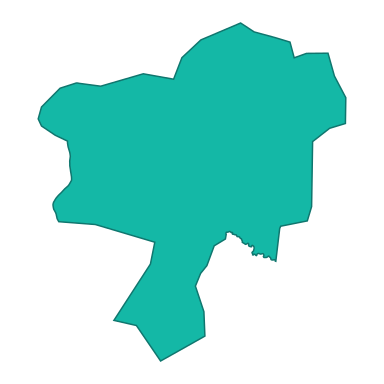 Bayangol, Selenge, Mongolia
{"feature_id": "93677404B52017503801889", "entity_name": "Bayangol", "entity_type": "district", "adm_level": 2, "iso_a3": "MNG", "parent_name": "Mongolia", "parent_adm1": "Selenge", "projection": "orthographic", "projection_center": [106.206, 48.94], "detail": "fine", "context": "isolated", "style": "filled", "palette": "teal", "viewbox_px": 384, "rotation_deg": 0, "n_neighbors": 0, "source": "geoboundaries", "source_scale": "gbopen_adm2", "svg_char_len": 3088}
<svg xmlns="http://www.w3.org/2000/svg" viewBox="0 0 384 384"><path d="M275.1,37.6L254.1,31.9L240.6,23.0L200.9,39.9L181.9,57.7L173.6,79.2L143.3,73.8L100.7,86.2L78.8,83.3L78.4,83.2L78.0,83.1L77.2,83.0L76.3,83.0L60.1,88.2L41.5,107.0L38.2,118.9L41.5,126.0L55.3,135.3L67.5,141.1L67.5,143.0L68.1,146.8L68.8,149.2L69.5,151.5L69.9,153.1L70.2,155.2L70.3,156.5L70.0,158.9L69.7,161.1L69.8,163.6L69.8,165.7L70.4,169.6L70.6,171.3L71.0,173.6L71.5,176.9L71.6,179.1L71.5,180.3L71.1,181.1L70.3,182.5L69.1,184.6L68.0,186.0L64.9,188.7L61.1,192.8L59.5,194.3L58.4,195.4L57.8,196.1L56.6,197.5L56.2,198.0L55.2,199.5L54.2,201.3L53.6,202.2L53.4,202.9L53.1,204.0L53.0,204.9L53.2,206.6L53.4,207.8L53.6,208.7L53.8,209.4L54.3,210.2L55.0,211.5L55.7,212.8L56.2,214.3L56.5,215.8L56.9,217.5L57.0,218.2L57.4,219.2L58.8,221.7L95.3,224.5L154.8,242.2L150.4,264.1L113.9,320.4L136.4,325.5L160.6,361.0L204.9,336.1L203.9,311.7L195.4,286.1L200.6,273.4L206.9,265.6L214.2,245.8L225.4,239.0L226.2,234.4L225.9,234.0L226.0,233.2L226.1,232.9L226.4,232.3L226.7,232.2L227.3,232.2L227.9,232.1L228.6,231.9L228.9,231.8L229.2,231.5L229.6,231.5L230.2,231.6L230.6,231.8L230.9,232.3L231.3,232.6L231.6,232.5L232.0,232.5L232.4,232.5L232.5,232.7L232.6,233.0L232.4,233.5L232.4,233.9L232.5,234.1L232.8,234.2L233.2,234.3L233.8,234.3L234.2,234.4L234.6,234.6L234.9,234.8L235.4,234.8L235.9,234.7L236.1,234.9L236.4,235.1L236.6,235.6L236.8,236.0L237.0,236.3L237.2,236.6L237.6,236.6L238.4,236.7L239.0,236.8L239.4,236.9L239.7,237.2L239.9,237.7L240.2,238.2L240.6,238.5L241.0,238.6L241.3,238.7L241.5,239.0L241.6,239.4L241.6,239.8L241.7,240.0L241.9,240.2L242.1,240.4L242.3,240.8L242.4,241.3L242.3,241.6L242.2,242.0L242.3,242.3L242.7,242.6L243.1,242.8L244.1,243.4L244.5,243.7L245.0,244.0L245.4,244.3L245.6,244.3L246.1,244.2L246.7,243.9L247.3,243.6L247.7,243.3L248.1,243.3L248.4,243.5L248.6,243.9L248.7,244.3L248.6,245.1L248.7,245.5L248.9,246.0L249.3,246.3L249.9,246.5L250.6,246.7L251.2,246.8L251.5,246.8L251.6,246.7L251.6,246.2L251.7,245.8L251.9,245.5L252.2,245.4L252.6,245.4L252.9,245.6L253.3,245.9L253.7,246.4L254.1,247.3L254.1,248.7L253.4,251.1L252.2,252.2L252.1,252.4L252.0,252.9L252.3,253.3L252.7,253.7L252.7,254.4L252.6,254.8L252.9,255.0L253.2,255.0L253.7,254.6L254.2,254.3L254.6,254.2L255.2,254.6L255.7,255.2L256.1,255.5L256.4,255.6L256.7,255.4L256.8,254.6L257.0,254.3L257.4,253.8L258.1,253.5L259.0,253.5L259.6,253.8L260.2,254.0L260.9,254.1L261.9,253.8L262.8,253.6L263.1,253.7L263.5,254.1L263.8,254.9L263.9,255.4L263.9,255.7L263.5,256.2L263.4,256.7L263.6,257.0L263.9,257.4L264.5,257.5L265.5,257.5L266.7,257.4L267.6,256.8L268.1,256.3L268.4,256.2L268.7,256.1L269.0,256.2L269.3,256.7L269.8,257.1L270.3,257.6L270.6,258.0L270.8,258.6L270.9,259.0L271.0,259.5L271.4,259.8L272.3,260.0L273.0,260.0L273.6,259.9L273.9,259.7L274.1,259.7L274.4,259.7L274.8,259.8L275.1,260.3L275.2,260.6L275.2,260.8L275.2,261.0L275.4,261.1L275.5,261.2L275.8,261.3L279.7,228.4L280.7,226.2L307.3,220.9L311.6,206.6L312.6,141.6L329.6,128.3L345.4,123.5L345.8,97.7L334.4,76.0L328.0,53.2L306.5,53.4L294.2,57.8L290.0,42.1L275.1,37.6Z" fill="#14b8a6" stroke="#0f766e" stroke-width="1.5"/></svg>